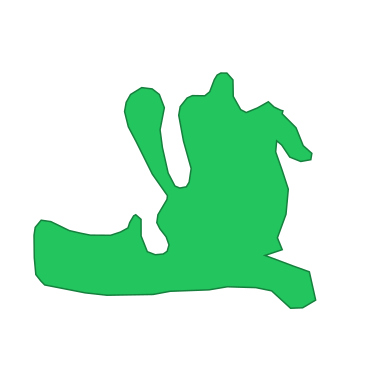 Yangiabad, Sirdaryo, Uzbekistan (Natural Earth projection), rotated 193°
{"feature_id": "79887680B4215620522937", "entity_name": "Yangiabad", "entity_type": "district", "adm_level": 2, "iso_a3": "UZB", "parent_name": "Uzbekistan", "parent_adm1": "Sirdaryo", "projection": "natural_earth1", "projection_center": [68.78, 39.988], "detail": "fine", "context": "isolated", "style": "filled", "palette": "green", "viewbox_px": 384, "rotation_deg": 193, "n_neighbors": 0, "source": "geoboundaries", "source_scale": "gbopen_adm2", "svg_char_len": 1348}
<svg xmlns="http://www.w3.org/2000/svg" viewBox="0 0 384 384"><g transform="rotate(193 192 192)"><path d="M121.7,291.6L123.8,291.6L131.3,293.3L137.9,297.1L147.2,288.6L157.1,281.6L158.4,282.0L163.1,283.2L173.3,294.4L177.3,310.4L184.7,315.7L190.7,314.4L193.8,311.6L195.5,306.6L197.3,293.6L201.2,288.6L213.3,286.0L217.9,282.5L222.7,272.5L222.2,263.8L211.7,239.6L198.1,214.7L197.0,200.9L198.7,195.8L204.8,193.1L210.0,194.0L219.5,205.1L230.8,228.6L237.1,245.4L237.9,267.9L245.8,279.7L254.0,283.5L264.5,282.4L273.8,273.2L276.3,264.6L275.8,255.2L268.7,241.2L257.8,228.6L234.6,200.4L215.1,182.9L214.7,179.1L220.1,162.2L219.4,154.2L215.0,148.9L207.1,142.5L202.5,135.3L202.9,128.6L206.1,125.1L213.7,122.6L222.1,123.8L231.7,137.7L235.5,153.9L241.7,157.2L243.5,155.6L245.8,148.3L246.3,142.6L252.7,136.9L261.6,131.5L281.3,127.1L291.1,126.8L302.9,126.8L322.9,131.4L332.6,130.6L336.8,122.3L336.2,114.3L330.9,92.5L325.6,76.4L319.3,71.3L314.6,68.3L273.5,69.7L251.6,72.3L236.3,76.1L206.9,83.4L190.8,90.4L153.4,100.5L136.3,107.6L108.3,113.2L92.2,113.6L69.8,100.9L58.1,104.1L47.2,114.5L59.7,140.6L77.3,142.7L106.6,146.6L91.1,156.1L98.5,166.6L95.4,191.4L98.8,216.4L109.1,233.5L119.5,249.9L121.0,260.9L115.2,258.0L104.6,248.0L92.9,246.2L83.5,250.2L83.9,256.6L94.1,262.2L105.1,278.0L121.7,288.4L121.7,291.6Z" fill="#22c55e" stroke="#15803d" stroke-width="1.5"/></g></svg>